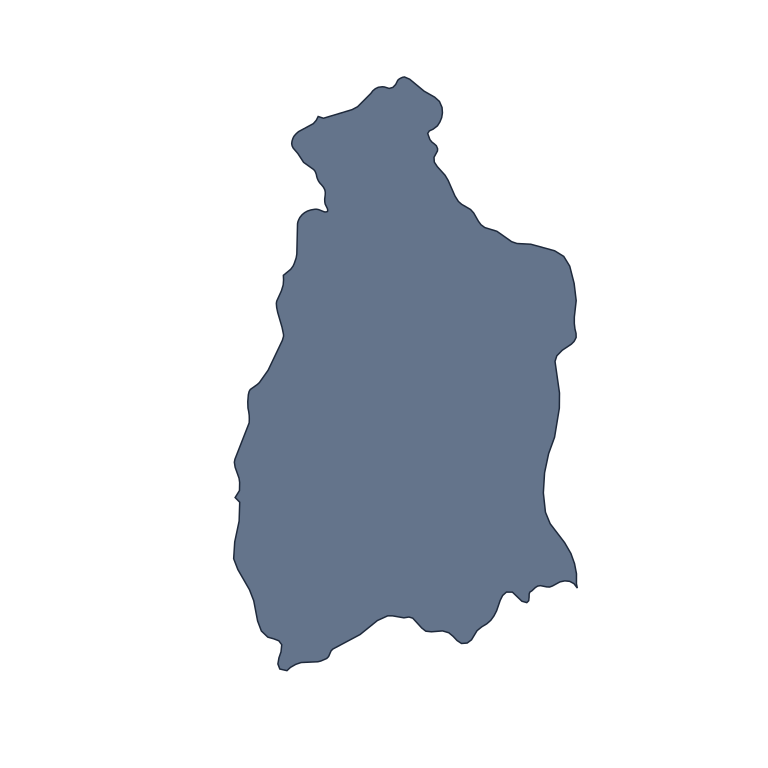 SVG path tracing the border of Surkhandarya, rotated 334°
{"feature_id": "UZB-362", "entity_name": "Surkhandarya", "entity_type": "Region", "adm_level": 1, "iso_a3": "UZB", "parent_name": "Uzbekistan", "parent_adm1": "", "projection": "albers", "projection_center": [67.527, 38.094], "detail": "fine", "context": "isolated", "style": "filled", "palette": "slate", "viewbox_px": 768, "rotation_deg": 334, "n_neighbors": 0, "source": "natural_earth", "source_scale": "10m", "svg_char_len": 3087}
<svg xmlns="http://www.w3.org/2000/svg" viewBox="0 0 768 768"><g transform="rotate(334 384 384)"><path d="M442.1,114.7L446.1,118.6L475.6,123.4L481.8,123.2L499.2,117.2L499.3,117.2L502.4,115.6L505.6,114.8L508.9,114.8L512.8,116.1L514.6,117.2L518.2,120.6L522.0,121.3L525.8,119.9L529.6,117.0L531.4,116.5L533.3,116.4L535.2,116.5L537.0,117.0L540.7,121.3L548.5,138.5L552.9,144.9L555.3,148.4L557.7,154.4L557.4,160.9L555.4,165.9L552.6,169.9L549.1,173.0L545.2,175.4L539.8,176.5L535.7,176.4L533.1,178.0L532.4,184.5L533.1,187.5L534.4,190.1L535.5,192.8L535.3,196.1L534.2,198.0L528.3,202.2L526.5,206.6L527.2,212.0L530.4,223.1L530.9,229.1L530.2,246.1L530.9,252.6L532.6,256.6L538.3,265.1L539.6,269.6L540.2,279.1L541.0,283.4L543.2,287.6L552.4,296.2L561.1,312.0L565.1,316.0L577.2,322.7L595.8,339.1L601.5,348.1L602.6,359.5L599.0,376.9L593.3,393.3L584.4,407.3L581.6,413.0L579.8,418.1L578.8,422.7L577.1,426.4L574.6,428.3L573.4,429.1L569.9,430.3L559.0,431.8L551.7,434.4L547.6,438.7L537.8,469.0L531.0,482.6L514.0,506.6L501.4,518.8L489.4,534.2L479.5,551.7L472.9,570.0L472.1,582.4L476.8,605.8L477.7,618.3L476.5,629.0L473.8,639.0L469.4,647.9L468.3,652.2L467.2,646.7L464.4,642.8L460.2,640.2L455.4,639.0L446.9,639.4L443.9,639.1L441.3,637.7L436.2,633.8L433.5,633.0L430.8,633.3L426.3,634.7L423.8,635.0L422.4,636.4L420.9,639.3L419.1,642.2L416.5,643.1L412.7,639.7L408.2,627.4L402.8,624.7L397.9,626.1L393.6,629.4L385.8,637.2L381.1,640.7L376.4,643.2L371.3,644.6L365.5,645.1L359.5,646.5L350.5,652.3L345.2,653.3L339.9,651.2L337.2,646.6L335.5,641.1L333.2,636.0L328.4,631.6L318.0,627.5L313.2,624.5L311.0,620.0L307.2,607.1L304.3,604.4L299.4,602.9L290.0,596.1L285.7,594.0L274.4,593.7L252.7,598.7L221.9,599.8L219.4,600.7L214.7,604.7L212.2,605.6L205.8,605.3L202.9,604.7L187.4,598.0L181.8,597.3L175.7,597.7L171.1,599.1L165.4,594.5L165.9,589.1L169.5,584.1L174.0,579.6L177.8,573.5L176.9,568.7L173.2,564.7L168.6,560.6L165.5,552.2L166.5,541.6L171.9,521.7L172.9,509.9L171.3,486.7L172.3,475.1L180.6,460.5L193.7,443.7L202.5,427.0L200.4,420.8L207.4,416.4L211.1,409.2L212.4,405.2L213.7,393.6L215.2,388.7L217.1,386.2L245.8,359.8L247.5,356.6L249.1,353.1L250.3,349.5L251.2,346.0L253.8,340.2L257.4,334.1L259.5,331.6L261.4,330.3L269.9,328.9L272.6,328.1L285.9,320.8L311.8,300.2L314.7,297.0L315.4,295.4L317.2,288.4L319.8,273.2L321.1,268.1L322.6,264.3L323.9,262.5L332.6,255.3L336.8,250.8L339.3,246.5L341.2,242.2L350.4,240.0L353.9,238.2L356.1,236.4L360.3,232.2L362.6,229.0L376.5,202.1L377.7,200.5L379.2,199.1L381.4,197.4L384.7,195.9L387.7,195.2L391.0,195.0L394.6,195.5L398.1,196.5L399.6,197.1L400.8,197.9L401.8,198.7L405.9,203.2L407.2,203.9L408.8,204.2L409.6,203.1L410.0,201.7L410.0,196.5L410.6,194.4L411.7,191.9L414.1,188.2L415.3,185.9L415.9,183.6L415.9,181.9L415.8,180.3L415.1,177.3L414.6,175.9L414.3,174.4L414.1,172.8L414.1,171.3L414.2,169.7L414.5,167.9L415.0,166.2L415.2,164.4L415.3,162.7L415.0,161.1L414.5,159.9L408.9,149.6L407.6,139.1L405.8,132.2L405.8,129.7L406.4,127.5L407.8,125.4L409.5,123.6L410.9,122.4L412.2,121.6L414.9,120.5L417.8,119.7L434.6,119.0L438.7,117.3L442.1,114.7Z" fill="#64748b" stroke="#1e293b" stroke-width="1.5"/></g></svg>